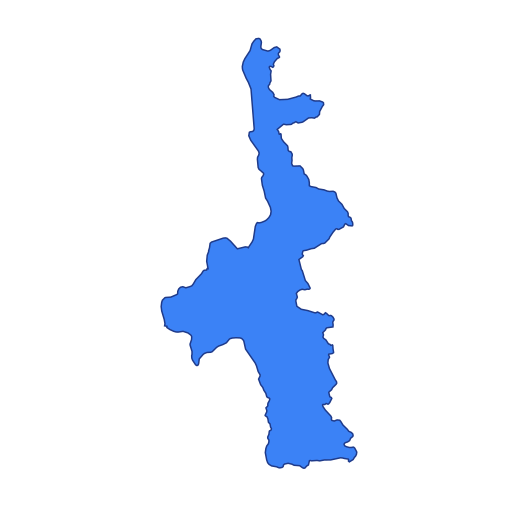 map outline of Mandalay (Mercator projection), rotated 354°
{"feature_id": "MMR-3267", "entity_name": "Mandalay", "entity_type": "Division", "adm_level": 1, "iso_a3": "MMR", "parent_name": "Myanmar", "parent_adm1": "", "projection": "mercator", "projection_center": [96.206, 21.524], "detail": "fine", "context": "isolated", "style": "filled", "palette": "blue", "viewbox_px": 512, "rotation_deg": 354, "n_neighbors": 0, "source": "natural_earth", "source_scale": "10m", "svg_char_len": 6110}
<svg xmlns="http://www.w3.org/2000/svg" viewBox="0 0 512 512"><g transform="rotate(354 256 256)"><path d="M278.7,40.0L281.6,39.9L282.8,40.7L283.6,42.8L283.7,44.2L282.7,48.3L282.7,49.6L283.2,50.6L284.1,51.4L289.3,53.5L291.7,53.0L295.9,50.6L298.5,50.2L301.4,52.8L301.4,54.4L301.0,55.4L299.8,56.3L299.3,57.2L299.4,58.8L300.1,60.0L300.1,60.8L299.2,61.4L298.0,61.6L294.6,64.8L293.4,66.8L293.3,67.2L293.7,68.7L293.1,69.7L292.3,70.1L291.0,69.1L289.9,68.8L289.2,69.0L288.9,69.8L289.4,71.8L290.4,73.5L289.5,76.8L289.2,83.4L287.9,85.3L287.5,86.7L286.2,87.8L285.9,89.0L286.1,90.4L286.9,92.0L289.8,95.1L290.8,97.5L290.3,99.1L291.1,100.2L295.7,103.0L303.9,103.5L312.6,102.1L314.8,101.4L316.9,101.4L318.3,99.8L319.8,99.1L321.1,99.7L323.7,102.1L325.0,102.2L326.4,101.5L326.9,101.5L326.8,104.2L326.4,105.5L329.4,107.5L331.0,108.0L335.5,108.4L338.3,109.8L339.1,110.6L339.1,112.6L337.6,114.2L334.4,119.0L333.9,121.8L331.4,124.0L330.2,124.1L328.6,125.0L325.9,124.3L322.7,124.2L317.0,127.4L315.8,127.8L311.8,128.1L309.7,126.6L307.5,127.6L306.8,127.6L305.0,128.7L304.4,128.8L299.8,128.6L297.4,127.8L296.8,128.0L290.3,132.3L291.5,134.6L291.8,137.2L292.3,137.4L293.3,137.0L293.6,137.4L293.5,141.2L293.7,142.2L295.4,145.3L298.9,149.8L299.1,151.2L299.0,154.2L300.0,155.5L301.5,155.9L302.6,158.3L302.6,159.5L301.9,162.0L301.8,164.8L301.1,167.6L301.8,170.1L303.1,170.6L309.2,171.0L311.6,173.9L312.1,175.3L312.5,179.4L314.1,180.6L315.0,181.9L316.5,185.5L316.7,188.8L316.4,191.3L316.4,191.7L317.0,192.1L317.9,192.7L322.9,194.2L325.3,195.9L330.5,197.3L333.7,198.9L335.8,199.5L339.5,199.7L341.1,200.6L342.0,201.9L342.6,206.6L343.8,209.9L346.9,213.7L348.7,218.0L351.6,221.6L352.1,223.2L351.9,225.3L352.1,226.5L354.1,227.7L354.5,228.8L354.6,230.9L355.3,232.0L355.6,233.3L355.5,235.2L355.2,235.9L354.7,236.1L351.2,235.4L348.6,233.2L347.6,233.7L346.0,236.2L341.3,238.2L340.1,238.1L339.7,237.6L339.1,237.3L338.0,237.6L335.0,240.5L331.4,244.8L330.4,246.6L325.8,250.3L324.4,250.6L322.8,250.5L321.9,250.8L314.8,254.4L311.8,254.5L306.8,255.5L303.7,255.7L303.3,256.0L302.9,256.6L302.2,258.9L302.3,259.4L303.1,260.6L302.4,261.6L298.3,264.0L299.7,274.1L300.5,275.5L302.5,285.6L304.8,288.9L306.5,293.6L305.9,294.4L305.0,294.6L303.5,294.3L301.1,294.7L298.4,293.9L296.2,294.4L293.8,295.7L292.2,297.4L292.8,301.2L292.1,302.6L291.2,303.6L290.9,305.0L291.4,310.3L295.4,313.7L301.8,315.7L308.4,318.6L309.5,318.8L311.2,318.1L311.8,318.4L316.2,321.4L317.4,321.2L319.1,319.7L320.2,320.5L322.1,322.8L322.7,323.0L324.1,322.9L324.9,323.4L326.2,324.9L327.0,326.9L326.8,327.9L325.7,329.2L325.4,330.1L325.5,332.6L325.1,334.6L319.1,334.8L318.0,335.4L317.5,336.6L314.4,339.2L314.9,341.5L314.1,343.6L314.7,345.0L316.7,346.7L318.9,351.0L320.2,351.5L321.1,352.7L322.7,352.4L323.0,352.9L322.9,356.7L323.1,359.9L323.0,360.3L321.6,361.0L318.2,361.2L317.8,362.0L318.4,363.5L318.5,364.5L317.0,366.4L316.3,369.9L317.3,375.6L321.9,387.5L322.9,389.3L323.0,390.9L322.2,392.0L318.4,395.0L317.2,396.9L314.5,398.8L314.1,399.4L314.7,403.7L316.1,404.6L316.5,405.6L314.0,409.5L312.7,410.7L312.1,410.9L310.3,410.0L308.9,410.9L307.1,410.6L306.6,411.1L306.9,412.8L308.8,416.4L313.7,423.0L314.3,424.7L313.9,426.2L314.2,427.4L316.5,428.3L319.5,427.5L322.1,428.1L323.0,429.4L324.8,433.2L328.7,437.9L329.9,440.0L332.4,441.5L333.6,443.0L333.8,444.5L333.4,445.6L331.0,447.2L329.8,449.4L327.6,450.5L325.3,451.0L324.3,451.7L324.0,452.2L323.9,452.8L324.5,454.2L326.2,455.2L328.8,456.2L331.4,456.4L332.7,456.2L333.4,456.6L334.1,457.4L335.6,461.1L335.7,461.7L335.1,463.9L334.0,465.6L332.9,466.5L331.3,468.6L327.3,470.5L326.5,469.6L326.8,468.2L326.5,467.6L322.7,466.6L320.9,465.9L319.0,465.5L308.9,466.6L302.6,466.0L298.0,466.4L295.3,465.7L289.8,465.5L288.4,465.0L287.7,465.2L286.3,469.3L284.4,470.2L282.6,471.9L281.5,472.1L280.2,471.5L277.5,469.1L272.0,468.1L270.0,466.8L266.3,465.5L262.6,465.9L261.5,466.7L261.1,468.0L260.7,468.5L259.8,469.0L257.5,469.2L256.2,468.8L254.5,467.8L249.6,466.4L247.2,464.6L246.0,462.8L245.3,459.8L244.7,452.5L245.7,448.5L246.8,446.1L248.7,444.0L249.4,442.1L249.6,440.4L248.7,438.7L248.7,437.3L250.2,434.7L250.9,431.7L251.2,431.3L252.3,431.0L253.0,430.3L253.3,429.3L252.6,427.6L252.4,424.5L251.0,422.7L250.8,419.1L250.2,417.2L248.6,415.9L248.4,415.4L250.4,412.1L250.6,410.7L250.0,408.1L251.8,406.6L252.2,405.8L252.2,404.7L252.6,403.5L254.1,401.4L254.8,399.6L254.4,398.8L252.6,397.8L252.0,397.0L251.4,393.5L249.8,390.4L249.0,387.4L247.2,384.5L245.7,378.7L247.4,376.0L247.7,374.7L246.1,371.2L245.0,365.3L244.0,362.3L235.9,347.5L235.0,339.4L234.6,338.4L233.1,336.5L231.6,335.8L227.6,335.2L223.9,335.1L221.6,335.5L220.7,336.0L217.5,339.2L213.8,340.6L209.3,341.7L207.2,342.8L202.4,346.6L200.9,347.0L197.2,346.8L194.6,347.5L193.2,348.3L188.8,352.4L187.8,356.7L187.2,358.2L185.9,358.8L185.2,358.5L184.4,357.6L182.0,352.9L181.5,350.9L181.6,348.5L182.1,347.0L182.4,344.2L181.2,338.0L181.2,336.7L183.2,332.3L183.6,329.6L183.3,328.4L182.7,327.6L180.3,325.4L175.6,323.3L170.6,323.5L168.6,323.2L166.3,322.3L162.6,320.1L159.9,317.8L160.1,316.6L157.8,315.9L158.4,313.9L158.1,309.5L156.5,300.9L156.4,296.4L157.4,292.1L158.3,290.2L161.0,288.0L161.8,287.8L166.9,288.0L173.1,286.1L174.1,285.5L174.5,282.9L175.7,280.7L177.6,279.2L180.0,278.9L182.9,280.3L186.8,279.6L189.0,279.0L190.6,277.4L193.7,273.2L199.9,268.0L201.8,265.5L202.9,264.8L205.4,264.8L206.1,263.4L207.0,263.6L206.4,256.1L207.6,250.1L209.4,246.6L209.4,245.9L210.6,243.0L211.7,238.6L213.2,237.5L225.3,234.8L227.5,234.8L229.0,235.3L232.2,238.6L238.2,246.9L246.3,245.8L248.5,246.3L249.1,247.0L253.7,241.5L255.2,238.9L258.4,226.5L259.8,223.9L260.8,222.9L262.6,223.4L264.8,223.2L268.3,222.2L270.2,221.3L272.8,219.2L274.8,216.5L275.7,213.1L275.4,209.2L273.2,202.6L271.6,199.4L270.9,192.3L269.7,186.3L269.5,179.6L269.9,178.5L271.5,176.8L272.2,175.3L272.1,174.4L268.0,170.0L267.4,168.2L267.5,159.9L267.9,157.9L269.2,156.0L269.9,154.0L269.4,151.9L262.9,140.4L261.4,135.7L262.3,132.3L263.2,131.9L265.5,131.8L266.6,131.2L267.2,130.3L267.5,129.3L268.5,89.4L266.6,82.6L264.8,78.2L262.2,69.6L262.1,68.1L262.2,66.0L263.6,61.8L265.6,58.5L271.6,51.1L274.2,44.6L276.3,42.1L278.7,40.0Z" fill="#3b82f6" stroke="#1e3a8a" stroke-width="1.5"/></g></svg>